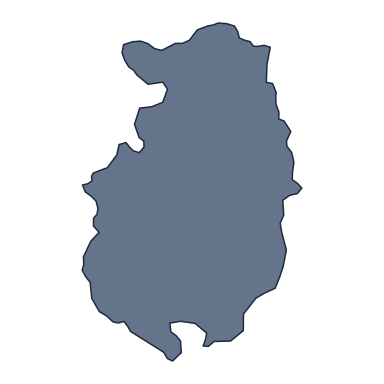 SVG path tracing the border of Pazardzhik
{"feature_id": "BGR-2234", "entity_name": "Pazardzhik", "entity_type": "Province", "adm_level": 1, "iso_a3": "BGR", "parent_name": "Bulgaria", "parent_adm1": "", "projection": "robinson", "projection_center": [24.121, 42.158], "detail": "fine", "context": "isolated", "style": "filled", "palette": "slate", "viewbox_px": 384, "rotation_deg": 0, "n_neighbors": 0, "source": "natural_earth", "source_scale": "10m", "svg_char_len": 1526}
<svg xmlns="http://www.w3.org/2000/svg" viewBox="0 0 384 384"><path d="M270.3,47.3L267.0,64.3L266.3,82.4L272.6,83.5L276.2,92.6L275.7,96.2L276.0,104.2L278.9,112.1L278.8,119.1L284.1,121.0L290.8,131.6L286.5,141.0L286.9,146.3L291.7,152.5L293.9,162.3L292.5,172.5L292.3,179.7L297.2,183.1L301.8,188.1L297.5,193.5L289.5,195.4L282.8,200.3L283.7,215.1L280.2,223.2L281.9,233.1L286.4,250.0L283.1,266.7L279.8,276.7L275.2,288.2L264.4,293.2L255.9,298.2L243.5,314.0L243.3,330.6L230.7,341.0L214.0,341.5L208.4,346.4L203.2,346.0L205.4,339.7L206.7,333.1L195.1,323.4L180.5,321.3L169.9,323.1L170.8,331.7L176.2,335.7L180.5,341.0L181.3,352.7L172.6,361.0L167.3,358.5L163.7,352.3L130.5,331.4L127.4,325.8L123.9,321.5L118.1,323.0L113.0,321.9L106.6,315.9L99.4,311.7L91.8,298.4L90.1,282.3L85.6,276.6L82.2,270.1L83.8,264.2L83.4,257.0L90.8,241.2L99.1,232.4L93.5,226.1L93.5,218.3L97.1,214.1L97.9,208.4L96.0,201.0L90.9,196.0L85.3,191.9L82.5,185.0L87.6,183.8L92.0,181.0L91.5,176.2L93.5,172.9L107.3,167.7L116.8,154.9L119.1,144.5L126.1,142.6L129.5,147.1L133.2,150.8L139.3,152.6L144.0,147.1L143.8,141.2L139.2,137.7L134.5,124.4L139.7,108.1L151.4,106.8L162.7,102.4L167.5,89.2L162.8,82.1L148.1,84.3L137.1,75.2L133.5,70.2L128.7,66.8L124.7,60.2L122.0,52.6L123.7,44.6L132.3,41.8L140.4,41.1L148.1,43.7L154.5,48.6L161.7,50.4L175.3,43.4L182.6,43.3L189.3,40.3L197.4,29.8L208.0,25.9L213.1,25.0L218.2,23.0L226.5,23.6L234.4,26.0L237.7,31.6L239.4,38.0L244.5,40.2L250.1,41.6L253.5,46.2L257.9,46.4L264.1,45.3L270.3,47.3Z" fill="#64748b" stroke="#1e293b" stroke-width="1.5"/></svg>